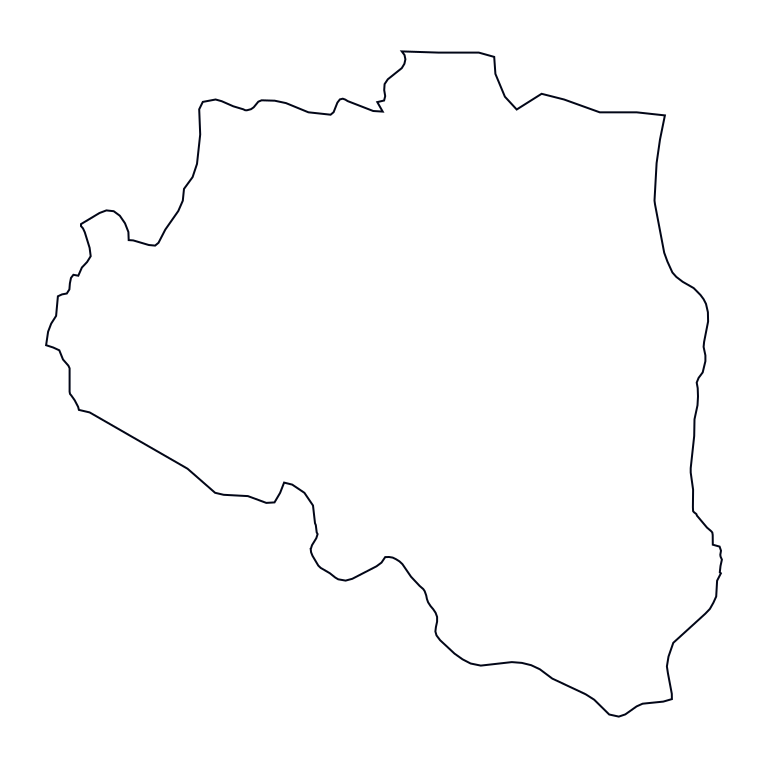 SVG path tracing the border of Rajshahi
{"feature_id": "BGD-3255", "entity_name": "Rajshahi", "entity_type": "Division", "adm_level": 1, "iso_a3": "BGD", "parent_name": "Bangladesh", "parent_adm1": "", "projection": "natural_earth1", "projection_center": [88.991, 24.559], "detail": "fine", "context": "isolated", "style": "outline", "palette": "ink", "viewbox_px": 768, "rotation_deg": 0, "n_neighbors": 0, "source": "natural_earth", "source_scale": "10m", "svg_char_len": 2798}
<svg xmlns="http://www.w3.org/2000/svg" viewBox="0 0 768 768"><path d="M310.7,549.0L310.8,549.0L312.0,545.2L316.3,538.2L317.6,534.1L316.7,532.4L315.8,525.1L315.0,523.2L313.0,505.5L304.4,492.8L292.2,484.6L284.1,482.6L280.1,492.9L274.5,502.4L266.3,502.9L247.9,496.1L223.7,494.8L215.1,492.8L187.5,468.7L89.6,412.4L78.9,409.9L78.1,406.8L74.7,400.3L71.4,395.6L70.0,393.9L69.6,391.7L69.6,368.3L68.4,365.7L63.0,359.5L59.3,350.3L53.2,347.5L46.1,345.2L48.1,331.7L51.2,323.6L56.1,315.9L57.9,296.3L62.0,294.4L66.8,293.5L69.4,289.4L69.9,283.3L71.0,277.9L73.4,274.8L78.3,275.7L81.9,267.5L87.1,262.0L90.7,256.2L89.6,247.8L84.8,232.3L83.0,228.4L81.0,226.1L81.0,224.1L99.5,213.0L106.4,210.4L113.7,211.2L119.8,215.7L125.0,223.3L128.4,232.0L128.7,240.1L133.2,240.4L148.8,245.0L155.1,245.6L158.5,242.8L165.3,229.6L178.3,211.0L182.8,200.7L184.0,188.9L192.6,177.1L197.0,163.9L200.2,134.5L199.2,109.3L202.8,101.9L215.6,99.5L221.7,101.2L233.3,106.3L243.3,109.3L245.1,110.2L246.8,110.3L251.0,109.2L253.7,107.3L258.3,101.7L261.6,100.3L274.7,100.7L286.0,103.1L308.4,112.3L330.6,114.7L333.6,112.2L337.4,102.6L339.9,99.4L342.8,98.7L345.3,99.6L347.7,101.1L373.2,111.0L382.7,111.6L377.3,102.1L384.1,100.5L385.2,96.1L384.2,90.1L384.6,84.1L387.8,79.3L401.8,68.1L404.4,63.8L405.4,59.3L404.5,55.0L401.8,51.4L438.6,52.6L478.8,52.6L494.2,56.9L495.4,73.9L504.9,96.7L516.7,109.5L541.6,93.8L564.1,99.5L599.7,112.3L636.4,112.3L664.9,115.4L660.0,139.5L656.6,163.1L654.5,200.6L655.0,204.3L664.2,252.7L667.4,261.5L672.4,272.5L676.3,276.9L682.7,281.8L693.7,288.1L700.5,295.0L703.6,299.2L706.0,303.9L707.9,312.2L708.1,321.5L704.1,341.9L703.6,346.9L705.4,355.4L705.4,361.2L702.7,372.4L698.6,377.9L696.7,382.6L697.7,388.1L698.0,396.5L697.5,405.3L694.5,419.3L694.2,436.0L690.7,468.2L690.7,472.5L693.1,489.7L692.9,507.2L693.1,511.1L693.6,511.8L694.2,512.4L696.3,514.0L697.0,515.7L707.0,527.6L711.2,531.2L712.3,532.5L712.7,534.9L712.8,544.7L719.6,546.6L721.0,550.7L720.3,554.8L720.6,556.7L721.9,559.6L720.5,566.0L719.8,572.3L720.9,573.3L717.1,580.7L716.2,596.5L713.4,602.7L709.9,608.9L705.3,613.7L673.3,642.8L668.5,656.6L666.9,666.4L667.9,673.1L671.8,693.8L671.9,699.1L663.3,701.6L642.6,703.7L636.6,706.4L625.3,714.4L618.8,716.6L609.2,714.5L594.2,699.7L585.7,694.3L552.3,678.6L540.0,669.4L539.9,669.3L531.2,665.2L521.9,662.9L511.8,662.1L480.8,665.6L470.6,663.5L462.5,659.3L454.5,653.6L440.1,640.2L436.5,635.4L435.4,631.5L435.9,627.2L437.1,621.6L437.1,616.9L435.6,612.8L433.2,609.2L430.5,606.0L428.1,602.3L426.9,598.9L426.2,595.4L424.7,591.2L423.3,589.1L419.6,585.9L411.0,576.7L402.4,564.1L399.5,561.4L396.0,559.2L392.7,557.6L389.1,557.0L385.2,557.1L381.5,562.6L376.5,566.3L352.3,578.8L345.6,580.6L338.2,579.3L335.2,577.5L329.8,573.2L320.7,567.9L318.3,565.6L312.5,555.8L311.1,552.3L310.7,549.0Z" fill="none" stroke="#020617" stroke-width="2"/></svg>